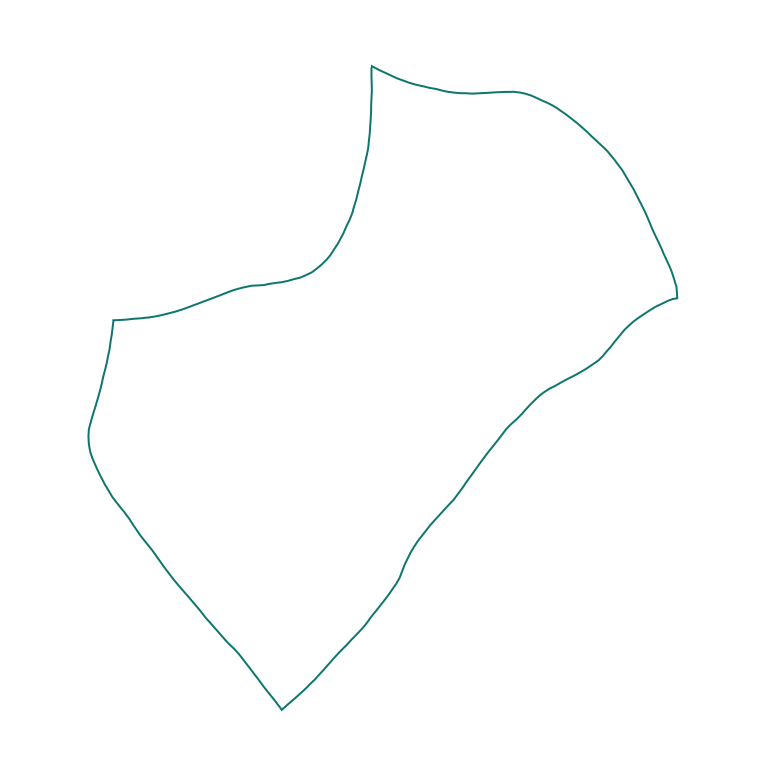 the district of Hajar As Say'ar, Hadramawt, Yemen, rotated 176°
{"feature_id": "15242507B41377814655385", "entity_name": "Hajar As Say'ar", "entity_type": "district", "adm_level": 2, "iso_a3": "YEM", "parent_name": "Yemen", "parent_adm1": "Hadramawt", "projection": "natural_earth1", "projection_center": [48.005, 16.297], "detail": "fine", "context": "isolated", "style": "outline", "palette": "teal", "viewbox_px": 768, "rotation_deg": 176, "n_neighbors": 0, "source": "geoboundaries", "source_scale": "gbopen_adm2", "svg_char_len": 5054}
<svg xmlns="http://www.w3.org/2000/svg" viewBox="0 0 768 768"><g transform="rotate(176 384 384)"><path d="M508.8,66.1L507.7,66.9L507.2,67.3L504.2,69.6L502.2,71.1L500.9,72.1L497.4,74.7L495.0,76.5L492.9,78.1L489.6,80.7L486.9,82.8L482.2,86.6L478.0,90.4L473.7,93.9L473.5,94.1L473.4,94.2L468.3,99.2L464.0,103.2L459.3,107.9L454.7,112.4L454.3,112.8L453.5,113.6L449.4,117.5L447.4,119.4L444.4,122.0L439.0,126.7L434.3,131.2L430.0,135.0L425.8,138.8L420.9,143.5L417.8,146.9L416.8,148.0L414.4,151.0L411.8,154.0L407.5,158.5L406.7,159.4L403.6,162.8L399.7,167.1L394.4,173.1L389.6,179.1L385.3,184.4L383.1,187.8L381.8,189.8L379.5,194.9L379.2,195.4L377.8,198.5L376.2,201.9L376.2,202.0L373.3,207.0L369.4,213.7L365.7,219.1L364.6,220.5L361.4,224.7L359.3,227.1L356.9,229.8L351.6,235.6L347.6,240.1L342.1,245.4L336.9,250.3L332.6,254.4L327.6,259.1L322.3,264.0L317.5,269.6L312.8,275.1L311.2,277.2L309.3,279.6L305.2,284.6L301.5,288.9L296.6,294.9L291.6,300.9L287.9,305.2L283.4,310.3L278.6,315.4L278.0,316.1L273.7,320.8L271.3,323.5L269.6,325.5L264.8,330.9L260.5,334.7L259.1,335.8L253.9,339.8L250.3,343.0L248.3,344.7L248.1,345.0L243.9,349.2L239.0,353.7L233.8,358.2L229.0,362.0L224.3,365.0L221.8,366.4L219.1,367.9L213.7,370.0L209.8,371.9L208.5,372.6L203.1,375.1L200.6,376.2L197.2,377.6L194.1,378.9L191.4,380.1L190.4,380.6L186.2,382.6L182.8,384.3L181.0,385.2L174.5,389.0L168.7,392.4L168.2,392.8L164.2,396.2L159.0,401.6L154.9,405.6L152.0,408.9L150.6,410.4L148.8,412.3L145.8,415.5L140.5,421.1L140.4,421.2L135.5,425.3L130.1,429.4L125.3,432.4L118.3,436.4L114.4,438.6L112.2,439.8L106.8,442.5L104.2,443.5L100.8,444.8L95.2,447.1L94.9,447.2L90.1,448.6L86.2,449.0L85.5,449.1L85.4,454.6L85.4,455.5L85.5,460.7L85.6,461.3L86.5,464.8L87.3,468.5L87.9,470.9L89.1,475.7L90.4,479.7L91.0,481.4L93.6,488.2L94.0,489.4L95.8,493.9L97.6,499.5L100.2,506.1L100.3,506.4L102.6,512.2L105.2,518.8L106.0,521.1L107.3,525.3L109.8,532.5L111.3,536.7L111.9,538.2L113.7,542.6L114.1,543.6L115.3,546.4L116.9,550.0L117.4,551.3L119.3,555.7L121.3,560.5L122.1,562.2L125.1,568.1L128.4,574.7L131.2,580.4L134.8,585.9L135.3,586.6L138.1,591.1L141.9,596.4L143.7,599.0L145.3,601.2L147.8,604.0L149.6,605.9L154.1,610.7L158.9,615.8L163.8,621.3L167.7,625.3L172.6,630.3L177.3,634.5L180.7,637.6L181.7,638.5L186.2,642.3L188.4,644.0L191.0,646.2L195.7,649.6L198.9,651.6L201.4,653.1L206.3,655.6L210.6,658.0L212.2,658.9L217.3,661.6L220.9,663.0L222.5,663.7L223.2,663.9L228.2,665.3L233.9,666.4L237.2,666.6L239.6,666.7L242.3,666.9L245.5,667.0L249.2,667.1L252.6,667.2L254.5,667.2L258.0,667.2L263.9,667.3L270.0,667.4L275.7,667.5L278.9,667.9L281.5,668.3L287.6,668.8L289.9,669.2L293.5,669.7L295.6,670.2L299.4,670.9L303.4,672.0L305.1,672.5L311.2,674.6L316.9,676.0L317.8,676.2L322.0,677.6L323.7,678.1L327.4,679.2L331.6,680.5L332.5,680.8L338.0,682.8L341.0,684.2L343.5,685.3L349.2,687.8L353.6,690.2L356.1,691.6L362.1,694.9L367.4,697.8L368.6,698.6L373.9,701.9L374.5,699.5L375.0,692.3L375.3,684.9L375.7,676.9L376.8,668.0L377.3,663.5L377.9,656.5L379.0,647.6L379.8,642.0L379.9,641.4L380.7,635.1L382.2,627.1L382.7,623.9L383.4,620.1L385.0,614.3L387.0,607.6L388.2,603.5L389.2,600.2L391.6,592.7L393.8,585.3L396.0,578.9L398.8,570.0L401.6,562.9L403.6,557.0L406.9,550.1L410.3,544.3L413.6,537.9L414.0,537.2L416.9,532.5L419.5,528.4L420.4,526.9L424.2,522.1L424.9,521.1L428.4,516.4L432.5,512.1L438.5,507.0L441.4,505.0L443.9,503.2L448.7,500.2L452.3,498.8L455.1,497.7L457.8,496.8L460.5,495.9L466.4,494.9L467.4,494.7L473.1,493.5L476.0,493.1L478.7,492.7L484.6,492.4L490.2,492.0L496.3,491.2L497.6,491.1L500.5,491.1L503.7,491.2L505.4,491.2L509.1,491.3L511.2,491.0L516.4,490.3L522.1,489.3L528.5,487.9L534.1,486.2L535.8,485.7L541.1,484.0L546.3,482.4L554.0,480.1L555.1,479.8L561.5,477.9L563.3,477.3L568.0,476.0L573.2,474.4L579.0,472.7L586.3,470.9L593.7,469.5L600.6,468.3L603.9,467.8L607.0,467.4L613.8,466.8L618.1,466.7L621.5,466.5L629.9,466.5L634.4,466.3L637.8,466.2L644.1,466.3L649.6,466.4L649.6,465.6L649.6,465.3L650.2,462.4L650.9,458.6L652.3,451.5L653.4,447.2L654.1,443.9L655.6,436.8L656.5,433.9L657.4,430.9L659.0,424.7L661.0,418.4L663.2,411.9L664.0,409.4L665.5,404.2L667.5,397.9L670.3,390.1L672.3,384.7L672.6,383.7L675.2,377.2L677.4,371.4L679.4,365.8L681.6,359.3L682.5,352.1L682.6,346.0L682.6,344.8L682.4,342.4L681.8,336.9L680.2,330.6L678.6,326.1L678.1,324.7L675.9,318.6L672.8,310.9L672.2,309.7L669.5,303.3L667.7,299.8L666.1,296.7L663.8,292.1L662.8,290.1L658.3,283.3L654.9,278.4L652.3,274.8L651.4,273.4L650.1,271.3L647.6,267.5L644.3,261.3L641.6,256.8L641.3,256.3L640.7,255.2L637.6,249.9L636.3,248.0L633.4,243.7L629.5,238.2L626.1,233.2L624.7,230.8L622.0,226.4L617.9,219.6L615.3,215.5L614.4,214.1L611.2,209.2L607.5,203.7L606.5,202.2L605.8,201.3L602.2,196.3L598.2,191.0L593.2,184.4L589.8,179.7L587.7,176.9L586.2,174.9L583.4,171.0L581.7,168.5L578.0,163.0L575.1,159.3L574.4,158.4L569.2,151.6L565.6,146.9L560.5,140.1L558.4,137.5L556.4,135.1L551.7,130.0L547.4,124.5L543.4,118.5L543.2,118.2L539.5,112.6L535.7,106.9L532.7,102.2L531.5,100.5L528.4,95.7L525.6,91.2L524.5,89.5L523.8,88.5L519.5,82.3L514.8,75.5L510.5,68.9L508.8,66.1Z" fill="none" stroke="#0f766e" stroke-width="2"/></g></svg>